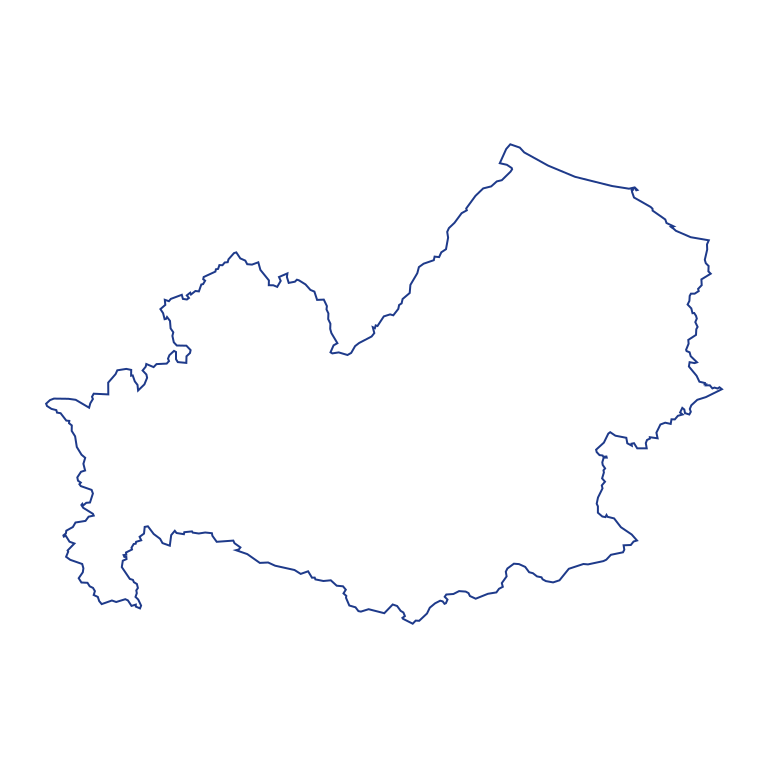 the district of Molise, Campobasso, Italy
{"feature_id": "23120603B60242334488993", "entity_name": "Molise", "entity_type": "district", "adm_level": 2, "iso_a3": "ITA", "parent_name": "Italy", "parent_adm1": "Campobasso", "projection": "robinson", "projection_center": [14.558, 41.717], "detail": "fine", "context": "isolated", "style": "outline", "palette": "blue", "viewbox_px": 768, "rotation_deg": 0, "n_neighbors": 0, "source": "geoboundaries", "source_scale": "gbopen_adm2", "svg_char_len": 6045}
<svg xmlns="http://www.w3.org/2000/svg" viewBox="0 0 768 768"><path d="M66.1,556.8L70.2,559.8L82.2,564.0L83.4,568.3L82.8,572.3L78.7,578.2L81.4,582.5L87.5,582.8L89.7,586.3L93.0,587.9L94.9,591.1L93.7,595.0L97.8,596.9L99.2,601.1L101.7,604.1L111.9,600.5L116.2,602.0L125.3,599.2L127.9,600.4L131.5,605.9L135.8,604.6L135.8,606.6L140.0,608.4L141.1,605.6L138.2,599.5L135.5,596.9L136.8,593.2L136.3,590.4L137.9,588.0L136.9,584.0L133.9,582.2L132.9,579.9L129.8,578.9L121.8,567.1L122.8,560.7L126.5,559.1L126.3,556.8L124.4,556.9L123.6,555.1L126.3,554.6L126.0,552.5L132.0,549.5L131.5,547.7L133.7,544.0L135.7,543.7L136.1,541.8L141.2,540.3L139.6,536.8L144.0,533.6L144.7,526.9L147.9,526.3L153.7,534.0L160.1,538.8L162.5,543.1L169.8,545.7L171.2,535.1L174.8,530.8L176.5,533.0L183.9,534.2L184.3,532.2L192.0,531.4L192.7,532.6L198.8,533.5L205.2,532.5L211.9,533.2L212.4,535.8L216.7,541.8L233.3,540.6L234.5,543.2L240.4,547.4L238.8,549.5L236.0,550.2L247.3,554.1L259.8,562.9L268.1,562.5L275.1,565.7L294.5,570.0L300.7,573.9L308.1,571.3L312.0,577.7L314.7,577.6L315.4,579.4L323.4,581.0L330.8,580.3L336.7,585.7L343.0,586.3L345.8,589.7L343.5,593.4L346.3,595.9L346.0,597.8L349.3,605.5L355.5,607.3L358.4,611.1L360.9,611.6L368.6,609.2L384.3,613.2L392.7,604.5L397.1,606.0L400.7,610.9L403.4,612.5L404.9,616.1L402.4,617.9L403.0,618.8L412.7,623.7L415.7,620.6L419.2,620.8L427.0,613.5L429.8,607.7L435.1,603.3L440.2,600.7L442.7,601.4L444.5,603.8L445.9,603.2L447.5,599.6L444.7,596.8L446.3,594.5L453.4,594.0L459.1,591.1L465.7,591.6L468.5,593.1L469.9,596.0L475.7,598.7L487.9,593.8L496.4,592.4L499.0,588.8L502.8,586.8L501.8,583.1L506.6,576.4L505.8,571.7L507.4,568.5L513.9,563.7L519.0,564.1L525.2,566.9L529.1,572.2L532.9,573.2L537.0,576.4L541.5,577.3L542.6,579.3L545.9,581.1L553.1,582.4L559.5,580.3L568.8,568.8L583.4,564.0L588.0,564.4L603.4,561.1L606.3,559.7L610.9,554.8L623.0,552.3L624.3,549.7L623.6,545.3L630.8,545.0L633.6,541.5L637.0,540.5L631.7,534.5L620.9,527.2L614.1,518.4L607.5,516.8L606.5,515.0L605.4,517.1L602.3,516.5L597.9,512.7L597.9,506.3L596.7,503.7L598.0,497.5L602.5,488.4L601.8,485.4L605.0,481.7L602.1,478.4L603.9,472.5L603.5,470.3L605.1,468.4L602.7,464.9L602.3,462.3L603.7,457.6L606.7,457.6L606.4,456.5L603.3,456.8L602.6,455.5L599.5,455.1L596.7,452.1L596.1,449.7L603.9,442.6L608.3,433.6L610.2,432.2L615.4,435.7L626.3,437.8L627.3,443.3L631.8,445.7L631.5,443.7L634.0,443.2L637.2,448.3L646.7,448.3L645.8,443.1L647.0,440.0L649.9,438.6L649.8,437.2L657.6,438.3L656.4,432.7L660.4,424.5L665.2,422.7L670.7,423.9L671.5,419.3L674.8,419.4L677.9,415.8L682.6,414.5L680.1,412.5L682.3,407.9L684.3,409.5L685.0,413.1L689.3,414.5L690.8,411.8L689.8,409.0L691.3,405.3L697.3,399.8L705.9,397.1L721.9,389.2L719.5,387.3L717.5,388.5L714.5,387.6L712.4,388.4L709.8,385.3L705.8,385.4L706.2,384.3L704.6,384.3L704.9,383.0L699.4,381.7L696.6,375.8L688.9,366.5L689.6,362.2L694.6,363.1L697.0,362.3L690.7,356.2L689.6,352.3L686.6,351.1L686.1,349.8L688.6,343.7L688.3,339.9L696.0,334.9L696.3,329.2L697.6,326.9L695.3,322.1L696.8,318.6L696.0,315.8L694.2,313.0L692.5,313.2L691.3,308.4L687.6,304.5L689.4,300.9L689.7,295.9L690.9,293.7L694.6,293.7L698.7,291.1L698.1,288.9L701.7,285.2L701.4,279.4L710.7,273.7L708.4,271.4L708.6,266.0L705.8,263.2L704.8,259.8L707.2,249.5L707.0,244.4L708.8,240.3L690.7,237.2L675.9,230.8L672.9,228.1L673.6,227.3L672.5,228.0L671.0,226.9L673.5,226.3L666.5,223.0L665.3,219.5L652.6,210.6L652.5,208.7L650.7,207.0L634.0,197.5L632.0,191.8L632.2,189.9L633.9,189.6L631.6,189.7L631.6,188.3L634.7,187.9L636.3,190.3L637.4,190.0L634.7,187.4L629.0,188.7L611.9,186.0L575.0,176.8L548.1,165.6L524.2,152.4L519.8,147.6L510.3,144.3L506.2,149.0L499.8,163.2L506.9,164.8L511.7,168.0L512.1,169.3L510.5,171.7L501.8,180.2L496.8,181.4L491.2,186.4L483.2,188.4L475.5,195.8L466.2,208.5L466.8,210.3L461.6,213.2L454.5,222.8L448.9,228.1L447.2,231.9L448.1,237.6L446.0,249.2L441.3,252.3L439.1,257.1L434.6,256.6L433.8,260.2L423.6,263.7L418.9,267.1L417.3,273.2L410.4,284.9L409.7,293.0L402.6,299.0L401.6,303.4L399.1,305.0L398.3,308.9L393.3,315.3L390.1,314.4L383.8,316.4L377.5,326.0L375.7,325.4L374.9,328.2L372.8,327.2L374.3,333.1L371.6,336.5L359.1,343.0L355.1,346.1L351.2,352.9L347.5,355.0L338.7,352.4L332.3,353.4L330.5,352.3L333.6,345.3L337.4,343.2L331.4,333.1L330.2,328.9L330.4,323.7L328.2,319.1L328.4,313.4L326.5,309.4L326.9,306.1L323.8,299.6L317.1,299.9L314.4,291.6L310.4,289.9L305.5,284.4L298.9,280.3L296.9,279.7L294.9,281.7L288.7,282.9L286.9,277.0L287.4,273.4L279.0,277.0L280.7,280.9L277.2,286.9L273.4,285.3L268.8,285.2L268.9,280.4L260.4,269.9L258.3,262.3L252.0,264.6L247.2,264.2L245.3,260.6L240.3,258.4L236.3,252.4L234.0,253.1L228.5,259.3L227.7,262.2L224.7,262.5L222.5,265.2L219.4,265.1L218.1,268.9L215.9,269.3L215.4,271.6L203.7,277.0L203.2,279.2L205.1,280.7L203.1,284.1L201.3,284.5L198.9,291.4L195.4,291.0L191.0,294.5L190.2,292.7L186.8,295.4L188.9,298.0L186.9,299.5L182.9,298.9L181.8,294.8L170.8,298.9L168.9,301.2L164.8,299.8L165.3,304.9L160.4,309.1L163.1,313.2L164.6,319.2L166.0,318.9L167.0,317.0L170.0,320.9L170.6,328.4L173.3,332.3L172.4,335.9L173.8,342.3L176.8,345.5L186.4,345.7L190.6,350.1L190.0,353.0L186.5,356.3L186.3,362.9L177.8,362.1L176.0,359.2L176.0,352.0L174.0,350.9L169.4,355.2L168.0,358.7L169.0,361.1L166.7,363.6L156.5,364.1L153.6,367.1L146.3,364.0L145.7,366.7L142.6,370.5L146.4,374.5L147.1,377.8L144.4,384.4L138.1,390.5L137.5,384.9L134.8,381.4L132.7,375.4L131.1,375.7L131.2,369.9L126.3,368.9L117.3,370.3L115.6,374.1L108.2,382.6L108.3,394.4L93.7,393.7L92.0,396.8L92.9,399.0L90.3,403.3L89.1,407.7L75.7,399.8L68.4,398.8L53.9,398.6L50.0,400.1L46.1,403.7L47.0,406.0L51.5,408.9L56.3,410.1L57.0,412.6L60.6,413.2L66.3,420.6L69.3,420.9L69.0,423.2L71.8,425.4L71.7,430.9L75.1,436.3L76.8,447.0L81.5,454.7L85.2,457.8L83.4,463.8L85.1,470.5L81.0,471.8L77.3,477.4L78.0,480.7L80.8,482.6L79.4,484.2L80.8,486.1L91.6,489.9L92.9,493.5L90.0,502.5L86.3,502.8L83.0,505.6L82.3,503.9L81.4,505.0L83.2,507.8L92.9,513.8L93.7,515.6L88.6,516.7L85.5,520.9L75.5,522.5L72.9,527.0L66.3,530.7L65.9,533.4L63.4,535.4L63.8,536.6L65.8,535.8L69.5,541.7L74.4,543.5L67.6,550.5L68.2,551.7L66.1,556.8Z" fill="none" stroke="#1e3a8a" stroke-width="2"/></svg>